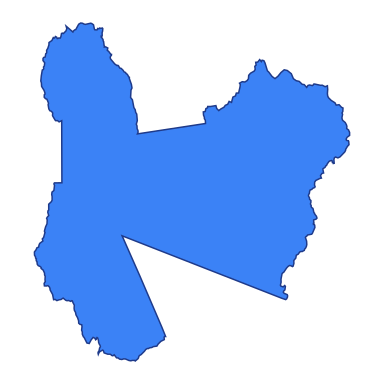 Pacajá, Pará, Brazil
{"feature_id": "56859067B2660041760548", "entity_name": "Pacajá", "entity_type": "district", "adm_level": 2, "iso_a3": "BRA", "parent_name": "Brazil", "parent_adm1": "Pará", "projection": "equal_earth", "projection_center": [-50.664, -3.7], "detail": "fine", "context": "isolated", "style": "filled", "palette": "blue", "viewbox_px": 384, "rotation_deg": 0, "n_neighbors": 0, "source": "geoboundaries", "source_scale": "gbopen_adm2", "svg_char_len": 5771}
<svg xmlns="http://www.w3.org/2000/svg" viewBox="0 0 384 384"><path d="M98.3,354.3L99.1,352.4L100.1,351.5L102.6,350.1L103.3,350.5L104.1,352.9L107.8,354.2L109.9,354.2L110.9,354.6L111.6,355.4L112.9,355.8L114.2,354.8L116.5,357.8L118.2,358.0L119.5,359.1L121.8,359.5L123.7,358.9L125.5,359.0L129.0,360.5L130.9,360.8L132.2,360.4L134.7,360.4L135.2,361.0L137.8,358.9L138.4,358.1L138.9,356.3L139.5,355.5L141.1,354.6L144.5,351.2L145.7,349.5L147.3,348.5L148.3,348.6L149.6,347.8L151.8,347.5L153.4,346.6L156.9,346.1L158.1,344.1L160.9,341.3L164.3,339.6L164.1,337.1L164.7,336.5L165.6,336.5L162.0,327.5L140.0,276.3L122.1,235.8L281.9,298.3L285.7,299.6L286.7,298.8L287.5,297.0L287.6,295.6L287.2,294.6L284.1,293.3L283.3,292.2L283.7,291.0L284.9,289.9L285.4,286.4L284.7,285.5L283.1,286.9L280.8,286.0L280.4,285.2L281.1,282.2L281.0,279.2L282.0,273.9L282.5,273.1L283.8,272.2L286.6,268.0L288.1,266.4L289.5,265.5L291.1,265.8L292.4,266.6L293.1,266.2L293.9,263.5L293.8,260.5L295.8,258.1L296.3,255.2L298.3,254.1L299.6,252.1L301.1,251.4L302.0,251.6L304.3,250.4L304.6,249.2L305.6,248.1L306.4,246.4L306.8,244.6L306.6,241.1L305.4,237.5L305.9,236.6L306.6,236.3L307.6,235.0L311.7,234.2L312.4,233.3L314.9,227.5L314.7,225.2L314.2,224.2L313.5,224.4L313.4,223.2L313.9,222.6L313.6,220.8L313.7,219.9L316.0,219.2L317.0,218.1L316.4,216.2L314.8,214.2L314.5,213.1L313.9,212.7L313.1,208.9L312.7,208.2L311.6,207.5L311.1,206.5L311.2,205.5L310.4,204.0L310.9,202.3L310.9,200.5L309.6,199.3L309.4,197.6L308.5,196.1L308.5,195.0L309.4,193.2L309.6,191.4L310.2,189.9L311.7,189.5L312.8,188.3L314.7,187.5L315.1,186.7L314.5,185.0L314.7,182.0L315.9,180.4L320.0,178.4L321.4,178.1L320.5,175.6L322.0,173.4L323.6,173.0L322.9,169.5L323.0,168.7L325.0,167.4L325.8,165.8L326.5,165.5L327.3,163.8L328.9,161.6L329.5,161.1L331.5,160.5L332.1,160.9L332.4,162.5L333.1,162.6L333.3,163.5L334.2,163.3L333.9,159.6L334.4,157.8L335.5,157.0L337.9,157.9L340.0,156.9L344.8,151.9L345.6,150.3L345.7,149.3L347.5,146.3L349.0,144.7L348.7,141.4L348.4,140.7L346.9,140.5L346.2,139.8L346.3,138.7L347.1,137.3L349.6,135.4L349.6,132.4L348.5,129.9L346.7,128.6L346.9,126.3L346.4,124.7L345.2,122.5L342.6,120.3L342.0,118.4L342.0,117.2L342.6,114.3L342.0,113.0L342.8,111.5L343.0,108.0L341.5,107.3L339.1,104.7L336.2,105.1L335.0,102.8L331.2,100.4L328.5,97.7L327.7,96.0L327.4,93.6L327.7,89.4L327.4,85.8L325.1,86.7L322.3,85.2L320.5,85.3L314.5,84.0L313.7,84.1L313.2,85.0L312.4,85.6L309.6,85.0L308.0,85.4L306.7,87.4L304.2,84.6L302.2,84.3L299.2,81.4L296.2,80.7L293.4,78.7L291.3,73.7L287.3,70.5L284.2,69.8L280.9,72.6L277.9,76.3L275.0,78.6L272.1,76.5L268.7,72.0L267.4,70.8L265.0,62.9L263.9,60.7L262.1,60.2L261.3,61.6L259.7,59.6L257.7,62.1L255.7,62.3L256.1,65.1L254.8,66.3L255.2,69.4L254.2,71.1L250.5,73.2L248.7,75.3L248.4,78.9L247.0,80.7L244.8,82.0L242.2,81.7L239.5,83.2L240.3,84.6L240.0,87.0L238.6,93.0L236.3,93.1L235.5,95.9L232.9,97.1L231.5,102.4L229.1,101.4L227.7,104.3L225.3,105.3L224.0,107.2L220.6,109.1L218.8,110.6L216.7,108.5L215.9,105.6L210.5,106.5L207.7,106.5L207.5,107.8L205.9,108.6L205.2,111.5L203.3,111.9L203.5,115.1L204.3,117.1L204.4,118.8L205.1,119.7L205.4,120.9L205.5,123.5L137.4,133.9L138.1,132.1L137.9,130.3L137.1,128.7L137.0,125.9L136.3,124.2L137.3,120.7L136.8,114.8L136.7,114.0L135.7,112.4L135.2,109.7L133.9,107.6L132.4,99.8L130.6,97.5L131.0,90.1L132.0,88.0L131.4,84.4L129.3,78.4L129.4,77.3L128.7,76.8L127.3,74.3L126.0,73.5L125.6,72.5L124.1,71.9L123.1,70.3L121.2,68.4L119.8,68.1L118.4,65.7L117.8,65.3L117.1,65.6L114.8,64.0L110.5,58.9L110.2,57.2L110.6,56.2L111.4,55.4L111.5,54.4L110.8,54.3L108.6,51.3L107.3,50.4L107.8,48.0L105.7,46.9L104.3,47.0L104.5,46.1L104.1,45.5L103.6,41.5L103.1,40.8L103.1,39.8L102.3,38.3L101.2,37.2L101.2,36.2L101.9,36.4L102.2,35.6L102.1,32.8L102.6,31.1L102.8,28.6L102.3,28.0L100.9,28.4L99.7,28.0L99.1,28.7L97.6,28.5L97.5,29.5L96.9,29.9L94.8,29.8L94.4,29.1L93.5,24.8L91.7,23.5L90.7,23.2L85.3,24.4L83.6,23.9L82.7,23.3L80.7,23.0L78.7,24.2L75.8,29.5L74.7,29.9L73.4,31.0L72.9,32.0L66.1,26.1L66.8,28.6L66.0,30.9L63.4,33.5L62.3,33.1L61.5,33.5L60.9,36.7L60.2,38.1L58.6,38.0L57.9,38.5L57.2,38.5L56.7,37.2L55.4,36.5L54.9,37.6L54.0,38.2L53.3,37.6L51.9,40.5L49.0,42.5L48.9,44.9L47.8,48.3L46.6,50.3L46.7,52.3L46.5,53.1L45.7,53.8L45.2,57.0L43.6,57.5L43.0,58.6L43.0,60.6L44.7,62.8L44.3,66.0L43.5,67.0L43.7,68.8L43.2,69.6L42.3,70.0L41.3,75.8L40.8,81.0L41.4,82.9L41.6,86.4L44.1,90.5L44.9,92.8L45.0,94.1L44.3,94.7L44.2,97.2L45.5,98.7L46.9,99.2L48.3,102.6L48.5,103.4L48.1,104.7L48.8,108.9L49.8,110.7L51.0,111.1L52.3,112.3L52.7,113.1L52.5,115.4L52.8,116.2L55.1,120.1L55.7,120.7L57.5,120.6L59.1,121.9L61.7,120.7L61.9,182.8L54.4,182.9L53.9,183.9L54.5,185.4L53.9,190.5L52.0,192.1L51.7,194.5L52.1,196.5L52.1,200.1L51.4,201.6L48.7,204.2L48.7,210.0L48.0,210.8L47.8,212.4L48.7,215.6L47.3,217.1L46.6,218.3L47.2,219.8L47.0,223.8L45.6,226.8L44.5,230.8L44.5,231.7L45.0,232.3L43.6,237.5L42.3,238.9L42.9,241.0L39.7,243.4L39.0,245.1L38.6,247.1L36.9,247.8L36.1,249.7L34.4,252.0L34.5,255.2L35.5,256.9L35.6,258.1L36.4,258.9L36.1,259.8L36.4,261.0L36.9,261.4L37.3,264.4L38.3,265.7L40.0,266.4L41.2,267.5L41.1,268.5L43.1,270.0L44.5,273.0L44.6,275.0L45.2,276.3L45.0,279.7L45.3,281.7L44.7,282.3L44.1,283.6L44.4,285.9L46.4,286.0L48.0,285.6L49.4,287.0L50.0,288.5L50.1,289.9L52.6,294.5L53.6,299.7L55.1,299.4L56.9,300.6L59.0,299.8L61.0,299.5L63.1,298.1L65.8,300.3L67.0,300.7L68.6,300.5L70.8,301.4L71.6,300.7L72.4,300.9L72.9,302.5L74.3,305.2L74.1,308.3L74.4,310.4L75.5,312.3L76.0,314.9L77.6,317.8L78.6,320.8L78.7,323.2L80.0,324.4L81.7,324.7L82.0,326.6L81.6,330.1L82.3,332.0L82.3,334.2L83.4,336.8L84.1,337.4L86.9,343.0L89.2,343.5L91.2,339.8L93.1,337.4L95.0,338.3L95.6,339.8L96.2,339.4L96.3,338.6L97.0,337.5L97.7,338.0L98.5,340.7L98.6,342.4L99.3,344.2L100.1,345.4L100.4,346.8L99.6,348.0L99.0,350.9L98.2,352.0L98.0,353.0L98.3,354.3Z" fill="#3b82f6" stroke="#1e3a8a" stroke-width="1.5"/></svg>